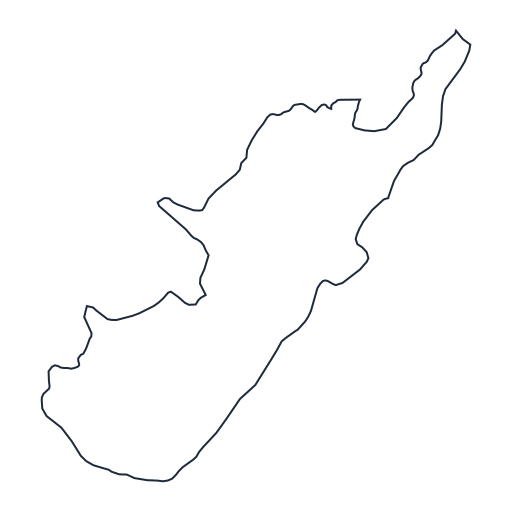 the Department of Huila
{"feature_id": "COL-1405", "entity_name": "Huila", "entity_type": "Department", "adm_level": 1, "iso_a3": "COL", "parent_name": "Colombia", "parent_adm1": "", "projection": "albers", "projection_center": [-75.51, 2.666], "detail": "fine", "context": "isolated", "style": "outline", "palette": "slate", "viewbox_px": 512, "rotation_deg": 0, "n_neighbors": 0, "source": "natural_earth", "source_scale": "10m", "svg_char_len": 3016}
<svg xmlns="http://www.w3.org/2000/svg" viewBox="0 0 512 512"><path d="M388.3,198.1L384.8,199.0L383.2,199.9L380.1,202.8L372.2,210.0L363.3,221.6L359.3,228.9L356.7,235.2L355.7,239.2L357.4,244.2L362.2,247.3L366.7,252.2L368.4,258.2L366.8,261.7L360.0,269.5L342.6,282.9L335.8,285.1L333.4,284.2L327.5,280.9L325.2,280.4L323.0,281.0L320.4,283.5L317.4,288.2L310.9,311.1L308.0,317.1L305.2,321.4L297.6,329.8L295.5,331.0L286.1,337.7L281.7,341.3L277.1,349.8L270.7,360.3L255.3,385.0L240.0,398.9L226.3,419.0L216.4,432.8L203.1,447.1L199.1,451.9L196.3,456.8L193.4,459.5L182.8,467.1L179.0,470.9L175.8,475.0L172.1,478.7L167.9,480.5L162.7,481.3L157.6,480.6L147.3,480.2L134.4,478.1L126.9,474.6L119.2,474.3L111.8,471.8L108.6,469.7L103.3,468.2L93.3,465.2L86.2,461.1L80.8,455.8L71.8,441.3L61.4,427.7L46.6,416.1L42.3,408.6L41.7,400.0L41.9,397.4L43.5,393.8L49.0,388.7L49.6,386.7L48.9,380.6L48.6,371.3L51.9,366.9L54.8,365.3L58.2,366.1L60.6,367.5L63.8,368.0L67.4,368.0L71.3,368.7L74.3,368.0L77.2,367.0L78.6,366.0L79.2,364.9L79.0,363.5L78.5,361.9L78.2,359.9L78.2,358.3L80.9,354.8L83.3,353.7L86.1,348.5L89.0,340.7L89.7,338.7L91.3,336.4L91.5,333.1L84.2,317.0L86.9,306.1L93.1,307.5L96.3,310.5L107.5,319.1L111.5,319.9L116.5,320.0L132.6,315.8L139.2,313.3L153.8,306.0L158.7,302.5L163.3,298.3L168.2,292.6L170.9,291.7L178.2,296.9L184.9,302.8L188.9,304.8L195.7,304.5L198.3,300.2L200.8,297.8L205.7,295.0L200.0,283.7L200.4,277.8L204.2,269.7L208.6,255.3L205.9,250.7L203.5,245.1L200.9,242.0L197.2,239.4L193.9,238.0L191.3,235.7L185.9,229.4L180.5,224.7L159.1,206.0L157.7,202.4L163.9,198.2L166.3,198.1L169.4,198.6L170.9,200.2L173.4,202.4L177.5,204.5L193.6,210.3L199.3,210.6L202.2,210.1L204.0,207.7L208.5,198.6L216.2,190.5L236.1,174.1L239.8,169.7L241.3,163.0L246.4,157.8L247.1,149.9L251.6,140.5L257.3,131.3L263.4,123.5L267.3,117.3L270.3,114.6L272.6,114.1L274.8,114.4L276.8,115.0L278.5,115.0L280.9,114.4L282.9,112.7L284.6,112.0L288.7,110.9L290.2,109.8L291.4,108.4L292.8,106.2L294.0,105.2L295.2,104.8L301.0,103.9L303.1,104.2L305.2,105.3L309.2,108.1L312.0,109.7L315.0,111.9L315.8,111.4L317.4,109.8L318.8,107.8L321.8,105.0L324.0,104.5L325.8,105.0L326.8,106.1L327.3,107.2L331.2,108.9L331.3,105.5L333.3,103.2L335.6,102.1L336.9,100.6L338.4,100.0L340.1,99.8L360.1,99.6L359.0,101.9L357.8,106.4L357.6,108.6L356.9,110.3L355.4,112.6L355.0,113.8L354.6,117.4L354.1,119.9L353.3,122.4L352.8,124.7L353.6,126.6L355.3,128.1L364.6,130.4L374.3,131.2L385.9,129.0L396.8,118.0L404.5,106.8L408.6,101.8L412.7,98.1L413.9,95.6L413.7,93.5L412.7,91.0L412.3,88.0L413.2,83.2L414.4,80.9L416.3,79.3L418.2,78.2L420.7,75.5L421.5,73.9L421.4,71.9L420.9,70.2L420.6,67.9L421.4,66.0L422.6,64.0L423.7,63.1L424.9,62.8L426.3,62.0L427.9,60.4L430.0,55.9L431.8,53.3L434.1,50.5L442.3,45.2L455.1,33.7L456.0,30.7L462.8,39.1L470.3,44.6L469.3,50.5L464.8,61.5L460.3,69.1L445.4,89.2L443.0,96.3L441.9,104.6L441.2,121.6L440.2,128.5L438.2,135.0L432.2,145.1L428.5,148.3L418.7,154.7L413.7,160.0L407.7,162.9L403.1,166.1L400.9,169.0L394.0,181.0L388.5,196.8L388.3,198.1Z" fill="none" stroke="#1e293b" stroke-width="2"/></svg>